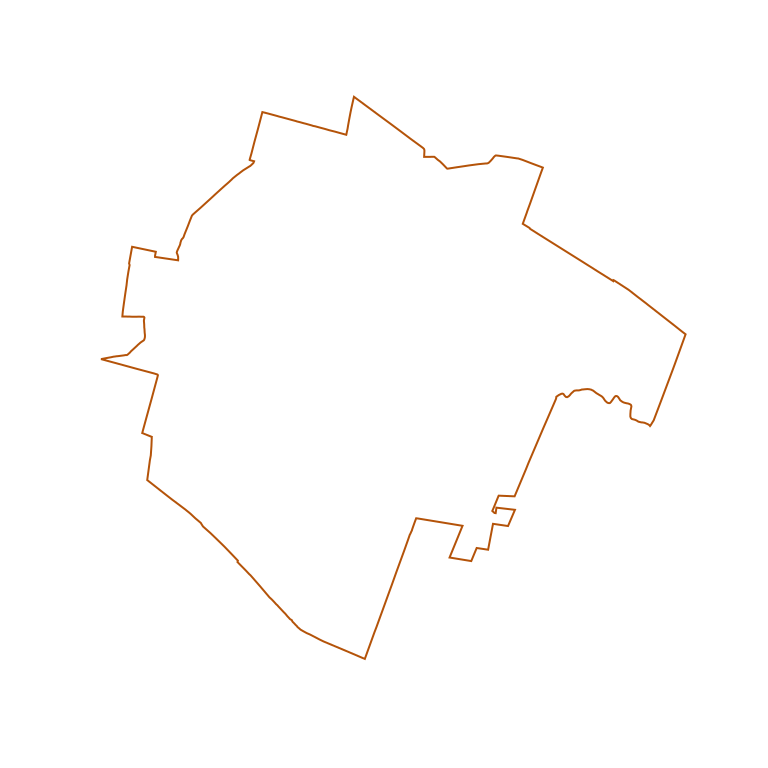 outline of Tataranu, Vrancea, Romania, rotated 14°
{"feature_id": "2599482B94040911807777", "entity_name": "Tataranu", "entity_type": "district", "adm_level": 2, "iso_a3": "ROU", "parent_name": "Romania", "parent_adm1": "Vrancea", "projection": "orthographic", "projection_center": [27.309, 45.527], "detail": "fine", "context": "isolated", "style": "outline", "palette": "amber", "viewbox_px": 768, "rotation_deg": 14, "n_neighbors": 0, "source": "geoboundaries", "source_scale": "gbopen_adm2", "svg_char_len": 6081}
<svg xmlns="http://www.w3.org/2000/svg" viewBox="0 0 768 768"><g transform="rotate(14 384 384)"><path d="M433.4,640.9L434.8,627.2L435.5,621.6L436.8,609.1L437.4,603.5L439.2,586.1L440.2,576.7L441.5,563.4L443.9,540.8L445.0,529.5L445.5,523.9L445.8,523.0L446.2,520.6L446.5,519.4L446.5,518.3L446.7,516.0L447.2,510.9L447.7,506.5L449.3,506.3L473.7,504.3L494.5,502.6L489.6,536.5L511.5,534.7L513.6,520.7L525.1,519.6L523.6,493.3L538.7,491.8L541.5,474.4L523.0,476.8L523.6,482.3L522.4,482.4L519.8,481.0L520.3,478.0L522.2,465.0L522.3,464.6L537.9,461.4L542.4,432.1L543.3,425.5L545.6,411.2L549.3,388.0L551.1,377.3L554.3,358.0L554.5,356.5L554.3,354.7L556.3,352.4L557.4,351.5L558.3,350.7L559.3,350.2L560.2,350.2L560.7,350.4L561.2,350.8L561.6,351.2L562.2,351.7L562.9,352.1L563.5,352.5L564.3,352.5L564.8,352.5L565.6,351.8L566.1,351.3L566.6,350.6L567.3,349.3L567.6,348.5L568.5,347.0L569.1,346.2L569.8,345.1L570.3,344.5L571.2,344.1L572.4,343.6L574.2,343.2L575.2,342.8L576.6,342.0L577.3,341.5L578.3,341.2L580.5,340.4L582.6,339.7L584.6,339.4L585.8,339.4L586.7,339.4L587.6,339.7L588.5,339.8L589.6,340.3L592.3,341.5L594.3,342.1L595.8,342.6L597.3,343.0L598.4,343.4L599.3,343.9L600.3,344.6L601.7,345.9L602.6,346.7L603.3,347.1L604.4,347.7L605.0,348.0L606.0,348.2L607.1,348.1L607.8,347.8L608.5,346.7L609.2,345.0L609.9,343.3L610.6,341.3L611.4,339.9L612.0,339.5L612.9,339.4L613.5,339.6L614.2,339.9L614.8,340.4L616.1,341.6L616.9,342.4L617.3,342.7L618.3,343.1L619.2,343.5L620.7,343.9L622.0,344.0L622.8,344.0L623.6,344.0L624.4,344.0L625.1,343.9L625.7,343.9L626.8,344.0L627.7,344.2L628.4,344.4L628.8,344.7L629.1,345.2L629.4,345.7L629.5,346.3L629.7,350.1L630.0,351.7L630.3,353.5L630.9,356.0L631.3,356.6L631.6,357.1L632.1,357.5L632.6,357.8L633.0,358.0L633.5,358.0L634.5,358.0L636.0,358.0L637.3,358.2L638.2,358.4L639.1,358.7L639.9,359.0L640.9,359.0L641.5,359.0L642.9,359.0L643.7,358.8L645.1,358.7L646.0,358.6L646.8,358.7L648.0,358.9L649.4,359.1L650.2,359.3L650.7,359.5L651.4,359.7L651.8,360.0L652.3,360.4L652.7,359.5L654.5,353.9L654.6,352.9L656.9,333.5L658.8,316.9L660.8,299.5L661.3,294.9L662.9,279.4L664.6,262.8L660.4,261.0L651.2,256.8L621.3,243.5L618.3,242.1L618.0,242.0L609.0,238.1L607.0,237.2L598.7,233.5L582.2,227.8L581.5,227.7L581.5,228.7L564.3,223.1L547.1,217.4L497.2,201.1L488.2,198.1L487.5,197.4L479.9,195.0L481.1,183.2L481.2,181.6L482.0,174.3L485.3,140.3L485.6,137.7L485.8,135.6L483.4,135.3L478.0,134.7L472.8,134.1L469.7,133.7L464.8,133.1L463.9,133.0L460.9,132.8L459.7,132.7L458.5,132.9L453.3,133.4L448.2,133.9L439.8,134.8L437.6,135.1L437.0,135.3L436.5,135.9L435.7,137.1L435.2,138.3L434.8,139.2L433.5,141.7L432.1,144.0L431.4,144.6L430.8,145.0L429.4,145.4L422.6,147.8L413.5,151.4L409.2,153.2L402.4,156.0L393.6,159.7L393.3,159.7L393.0,159.7L388.1,156.6L384.5,154.5L381.8,153.4L380.9,152.9L378.4,151.6L377.8,151.4L370.4,153.3L368.0,153.9L367.1,149.4L366.8,147.9L366.4,146.9L365.9,146.2L365.2,145.8L364.7,145.5L349.8,139.4L339.2,134.9L328.7,130.5L314.6,124.7L288.5,113.9L285.4,112.6L285.4,114.8L285.6,123.5L285.8,128.7L286.2,135.7L286.6,141.7L286.9,145.2L287.0,148.9L287.1,150.8L287.1,151.3L283.3,151.2L278.7,151.1L275.6,151.0L270.7,151.0L269.4,151.0L267.4,150.9L264.7,150.8L259.1,150.7L254.8,150.6L253.3,150.7L252.5,150.7L252.3,150.7L251.6,150.6L245.3,150.4L242.8,150.4L239.6,150.3L235.9,150.3L235.0,150.2L230.1,150.1L220.3,149.9L218.1,149.9L217.5,149.9L215.4,149.8L205.9,149.6L200.2,149.6L200.0,166.6L199.7,180.3L199.6,192.6L199.4,197.9L199.4,199.1L199.6,199.2L203.1,199.3L204.1,199.3L204.1,199.5L203.9,200.4L203.8,201.2L202.2,203.7L201.4,204.9L201.0,205.2L198.4,207.9L195.7,210.7L193.5,213.4L192.6,214.6L190.9,216.6L188.7,219.5L187.5,221.1L186.7,222.5L185.7,224.0L184.9,225.3L183.8,226.9L181.2,230.6L178.7,234.3L174.5,240.6L170.3,247.0L168.3,250.0L165.1,254.8L163.3,257.5L159.2,263.4L157.5,265.9L156.9,267.1L156.1,272.9L155.5,278.0L154.2,287.2L154.0,289.8L153.5,291.3L153.0,292.0L152.6,293.1L152.4,294.1L152.4,295.0L152.3,296.1L152.4,297.0L152.4,297.8L152.3,299.0L152.1,299.9L151.9,300.9L151.7,302.1L151.5,303.1L151.3,304.1L151.2,304.9L151.1,305.5L151.1,306.1L151.1,306.6L151.4,307.2L152.4,308.5L152.9,309.4L153.4,310.2L153.8,311.6L154.1,312.8L154.3,313.8L133.9,315.8L131.1,316.1L130.8,314.8L130.6,310.9L106.4,311.8L107.5,328.7L108.4,330.1L108.8,336.7L109.5,344.6L110.3,350.5L111.1,358.9L112.1,368.5L113.0,376.7L113.8,381.8L121.1,380.1L123.7,379.6L130.2,377.9L134.5,376.9L134.9,377.0L135.4,377.4L135.6,378.8L135.6,379.6L135.6,380.1L135.7,380.5L135.8,380.8L135.9,381.3L136.2,382.1L136.9,384.2L137.8,387.4L138.1,388.1L138.6,389.6L138.9,390.6L139.4,392.2L139.9,393.5L140.2,394.3L140.4,395.1L140.6,396.0L140.7,396.8L140.7,397.5L140.7,398.0L140.6,399.1L140.3,399.8L139.2,401.0L137.7,402.7L137.1,403.6L135.7,405.6L135.0,406.8L134.2,408.0L132.3,410.9L131.5,412.1L130.5,413.6L130.0,414.7L129.3,415.8L128.8,416.5L128.0,417.7L127.5,418.1L126.3,418.4L124.8,419.1L121.0,420.6L118.7,421.5L117.7,421.8L116.6,422.3L115.0,422.9L112.6,424.1L110.8,424.9L103.4,428.3L112.9,428.5L118.3,428.6L135.7,429.0L140.1,429.1L158.4,429.4L161.8,429.6L162.1,429.7L162.3,430.0L162.5,430.2L162.5,430.6L162.5,431.5L162.5,432.9L162.1,453.7L161.6,474.6L161.3,488.2L161.3,490.1L171.5,491.5L171.5,492.0L171.7,492.5L173.4,500.7L175.0,509.7L175.3,514.7L177.5,534.5L193.5,541.7L207.0,547.7L207.3,547.8L222.2,554.1L222.5,554.3L225.8,555.8L228.0,556.9L231.0,558.6L233.7,560.1L236.4,561.4L240.0,563.2L240.5,563.8L242.8,566.0L244.7,567.0L247.2,568.3L251.8,570.7L262.7,577.0L268.5,580.4L276.8,585.6L285.0,590.8L284.9,592.2L294.9,598.3L299.4,601.2L300.6,601.8L307.2,606.4L312.5,610.1L324.6,618.8L325.6,619.3L327.4,620.3L329.6,621.7L331.1,622.7L332.7,623.8L334.1,624.5L335.2,625.3L336.9,626.4L340.3,628.6L342.0,629.7L343.7,630.7L345.2,631.8L346.4,632.7L347.5,633.4L348.6,634.1L349.4,634.7L349.9,634.9L350.5,635.1L351.2,635.3L351.6,635.4L352.0,635.8L352.2,636.2L352.6,636.6L353.1,637.0L354.0,637.5L355.3,638.3L356.3,639.0L358.2,640.1L358.8,640.7L360.9,641.7L362.2,642.4L362.7,642.6L365.5,643.4L369.3,644.4L369.9,644.5L371.2,644.7L372.9,645.0L383.3,647.5L387.5,648.4L412.0,652.2L431.9,655.4L433.4,640.9Z" fill="none" stroke="#b45309" stroke-width="2"/></g></svg>